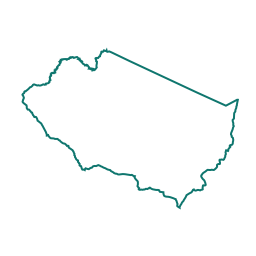 outline of Upala, Alajuela, Costa Rica, rotated 4°
{"feature_id": "36466004B97209373697434", "entity_name": "Upala", "entity_type": "district", "adm_level": 2, "iso_a3": "CRI", "parent_name": "Costa Rica", "parent_adm1": "Alajuela", "projection": "mercator", "projection_center": [-85.236, 10.868], "detail": "fine", "context": "isolated", "style": "outline", "palette": "teal", "viewbox_px": 256, "rotation_deg": 4, "n_neighbors": 0, "source": "geoboundaries", "source_scale": "gbopen_adm2", "svg_char_len": 5638}
<svg xmlns="http://www.w3.org/2000/svg" viewBox="0 0 256 256"><g transform="rotate(4 128 128)"><path d="M235.6,92.2L234.9,92.2L224.1,98.9L194.3,87.8L124.9,61.1L106.0,53.6L103.9,52.9L102.4,53.4L101.9,53.4L101.5,53.1L101.2,52.1L100.9,52.8L99.9,52.7L98.6,52.2L98.4,52.5L98.3,53.1L98.0,53.3L97.6,53.8L97.1,53.8L96.6,53.6L96.2,53.7L96.0,54.1L96.1,55.5L95.4,56.5L95.1,57.8L95.1,58.4L94.3,58.7L93.4,60.2L91.9,60.3L91.0,60.5L90.7,60.8L90.8,61.2L91.1,61.4L91.3,62.2L91.6,62.4L91.6,63.7L92.4,64.1L92.4,66.0L92.2,67.3L92.2,68.6L92.6,69.7L91.8,71.0L90.7,72.4L90.3,72.1L90.0,72.3L89.6,72.1L89.4,72.2L89.2,72.8L88.6,73.0L88.6,72.6L89.1,72.0L89.2,71.4L87.5,71.2L87.0,72.0L86.3,71.7L85.3,71.6L85.9,71.0L84.8,70.6L84.8,70.0L84.0,69.3L83.6,68.6L83.2,68.2L82.3,67.8L82.0,68.0L81.9,68.5L81.3,68.3L80.7,68.6L80.2,67.8L78.5,67.0L77.4,65.7L77.0,65.4L77.3,65.3L77.7,65.4L77.8,65.1L77.6,64.8L77.3,64.6L76.2,64.3L76.1,64.0L75.1,63.8L75.2,63.0L74.1,62.8L74.7,62.4L74.7,62.1L73.7,62.0L72.4,60.8L71.9,60.8L71.0,61.2L70.4,61.2L69.3,61.8L68.7,61.8L68.1,61.1L67.0,61.2L66.5,61.8L66.0,62.1L65.5,61.6L65.4,61.5L64.4,62.5L64.4,62.9L64.2,63.3L63.2,63.3L62.7,63.8L62.2,64.2L61.9,64.1L61.5,63.5L61.2,63.5L60.6,63.7L59.2,63.7L58.6,64.1L57.5,64.0L57.2,64.8L56.9,64.7L56.4,64.7L56.6,65.3L55.7,65.6L55.7,66.2L55.3,66.5L56.3,67.0L56.2,67.5L55.5,67.8L55.7,68.4L55.1,69.5L55.1,70.0L54.5,70.2L53.3,71.8L53.5,72.7L53.4,73.4L53.1,73.6L52.8,73.4L52.7,74.5L52.5,74.8L52.0,74.7L51.8,74.6L51.7,73.8L51.4,75.1L50.8,75.5L51.1,76.0L50.8,77.0L51.6,77.4L51.6,77.8L50.6,78.1L50.3,78.5L49.9,78.5L49.2,78.2L48.9,78.4L48.3,78.3L47.6,78.8L47.6,79.1L47.7,79.3L47.2,79.7L47.7,81.0L47.5,81.5L46.7,81.9L46.7,82.4L46.4,82.9L46.4,83.1L46.8,83.8L46.6,84.7L47.3,85.5L47.3,85.8L46.4,86.5L46.1,87.0L46.4,87.8L45.6,88.7L44.9,89.0L43.9,89.2L43.6,89.4L43.0,89.5L42.9,90.4L42.2,90.4L42.0,90.6L41.5,90.7L41.0,90.4L40.3,90.4L38.6,91.4L37.3,91.8L36.4,91.8L35.5,91.6L34.7,91.9L34.2,91.9L33.0,91.5L32.1,91.3L31.6,91.1L30.8,91.2L30.2,91.6L29.9,92.3L28.6,93.7L27.2,94.4L26.7,95.2L25.0,97.0L23.8,98.0L23.4,98.5L22.5,98.6L22.1,99.0L22.1,99.7L21.9,100.4L21.0,101.1L20.4,102.0L20.4,102.3L21.1,103.1L22.0,105.0L21.9,106.0L21.4,106.9L21.3,108.0L21.0,108.8L21.2,109.6L22.2,110.5L25.2,112.5L25.5,113.7L25.6,115.1L26.4,116.3L26.7,116.6L27.8,116.5L28.0,116.6L28.6,117.1L28.9,117.6L29.4,117.9L30.6,119.3L30.9,119.4L31.3,119.4L31.7,120.6L32.2,121.3L32.3,121.7L33.0,122.3L33.6,123.4L33.9,123.6L34.2,123.6L34.8,123.4L35.3,123.4L35.7,123.6L36.7,125.2L37.3,127.0L38.5,127.7L39.4,128.4L40.7,129.2L41.4,129.9L41.8,130.7L42.5,131.6L46.5,138.0L46.6,138.4L47.4,140.1L47.5,141.2L48.1,141.0L48.5,140.5L48.8,140.5L49.2,141.4L50.8,143.1L51.8,143.6L54.7,143.6L55.9,144.0L58.5,143.8L59.8,144.9L60.8,145.2L61.6,146.1L63.8,147.6L64.7,147.9L65.9,148.0L66.8,148.5L67.6,149.3L68.2,149.7L68.4,150.1L69.4,149.9L69.8,150.0L70.0,150.3L70.0,151.1L70.5,151.8L71.0,152.2L71.8,152.5L73.5,153.6L74.0,153.8L74.5,154.3L74.7,154.8L75.2,155.2L75.7,156.5L76.4,157.5L76.3,158.8L77.0,159.5L77.3,161.0L78.1,161.8L78.5,162.8L79.4,163.5L80.4,163.9L80.4,165.2L81.5,166.2L81.5,166.6L81.7,166.8L82.3,167.2L82.3,168.7L83.2,169.3L83.9,169.4L84.8,171.9L85.4,172.7L86.1,172.7L86.8,172.5L87.8,173.0L88.0,171.9L88.5,171.2L90.5,171.7L91.8,171.8L92.8,170.9L94.0,170.2L94.6,170.2L95.9,168.6L97.2,168.2L98.9,168.2L100.9,167.1L102.4,167.5L103.6,168.1L104.9,168.5L106.3,169.2L108.1,169.7L110.5,170.8L113.3,171.3L113.8,172.0L114.1,172.2L116.7,173.4L117.2,173.9L118.7,174.4L119.9,174.4L121.3,175.0L122.4,175.0L126.0,174.3L128.2,174.3L134.2,174.8L135.0,174.5L135.4,174.6L136.9,175.5L138.2,175.6L138.0,176.3L138.0,176.9L138.2,177.1L138.7,177.9L139.8,179.1L141.0,180.1L141.3,180.5L141.6,181.1L141.7,182.2L141.8,183.6L141.5,185.3L142.3,186.3L143.3,187.2L142.9,188.0L142.9,188.3L143.2,188.6L143.6,188.8L144.4,188.8L145.4,188.5L147.0,188.6L148.1,188.2L148.9,188.2L150.1,187.4L151.7,187.5L152.6,186.8L153.2,186.7L153.4,186.2L153.7,186.0L154.1,186.0L155.6,187.0L156.9,187.4L160.1,187.8L162.6,187.7L163.5,188.0L163.7,188.8L164.2,189.4L164.9,189.5L167.8,189.6L167.9,190.7L168.2,191.9L168.8,193.1L169.8,193.6L170.9,193.8L173.0,193.8L175.1,194.1L178.5,195.0L179.7,195.5L180.5,195.6L180.8,196.4L181.5,197.4L182.1,199.1L182.7,200.3L182.5,201.8L182.7,202.6L183.5,203.0L183.9,203.4L185.0,203.9L184.9,203.4L185.3,202.5L185.7,201.4L186.4,200.3L187.1,198.5L188.4,196.9L188.7,196.0L190.3,193.1L191.1,190.9L194.0,188.8L195.7,187.8L196.3,187.0L197.2,185.1L198.0,184.7L198.5,185.4L199.5,185.7L200.0,185.7L201.9,184.9L202.9,184.9L204.3,185.2L205.2,184.6L206.4,184.3L206.8,184.0L206.6,182.1L206.8,180.2L207.1,179.9L208.1,180.0L208.9,179.9L209.5,179.3L208.9,177.3L207.9,175.2L207.3,174.5L206.3,173.8L204.9,172.1L204.4,171.1L204.4,170.3L204.5,170.0L204.9,169.6L205.5,168.4L205.9,167.9L206.8,167.1L208.3,166.0L209.5,164.8L210.3,164.2L212.9,164.2L213.8,164.0L214.3,163.8L216.4,163.9L216.9,163.7L218.5,162.1L219.4,160.9L219.6,160.3L219.4,159.5L219.5,158.4L219.8,158.1L220.8,157.6L221.7,157.6L222.2,157.3L222.2,156.2L221.5,153.9L221.6,153.4L221.8,153.2L222.7,153.2L223.5,152.9L225.4,153.1L226.0,152.5L226.3,151.5L227.0,149.9L226.9,149.0L227.1,148.0L227.4,147.5L227.4,146.8L227.0,145.6L227.4,143.4L228.2,143.4L229.4,144.0L229.5,143.9L229.6,142.5L229.8,141.7L231.4,139.7L231.3,139.2L230.7,138.8L230.9,138.3L231.2,138.0L232.8,137.5L233.3,137.0L233.6,136.1L233.6,134.4L233.8,133.6L233.8,132.3L233.3,130.5L232.1,129.6L232.0,129.3L232.0,128.5L231.2,127.3L231.2,126.0L232.5,122.0L232.8,120.1L233.4,118.7L232.8,117.9L232.7,115.8L232.1,114.3L231.8,112.8L233.0,111.2L232.9,106.0L233.1,105.3L233.9,104.1L233.9,102.4L234.6,100.4L234.6,98.8L235.0,98.1L235.0,96.8L235.6,92.2Z" fill="none" stroke="#0f766e" stroke-width="2"/></g></svg>